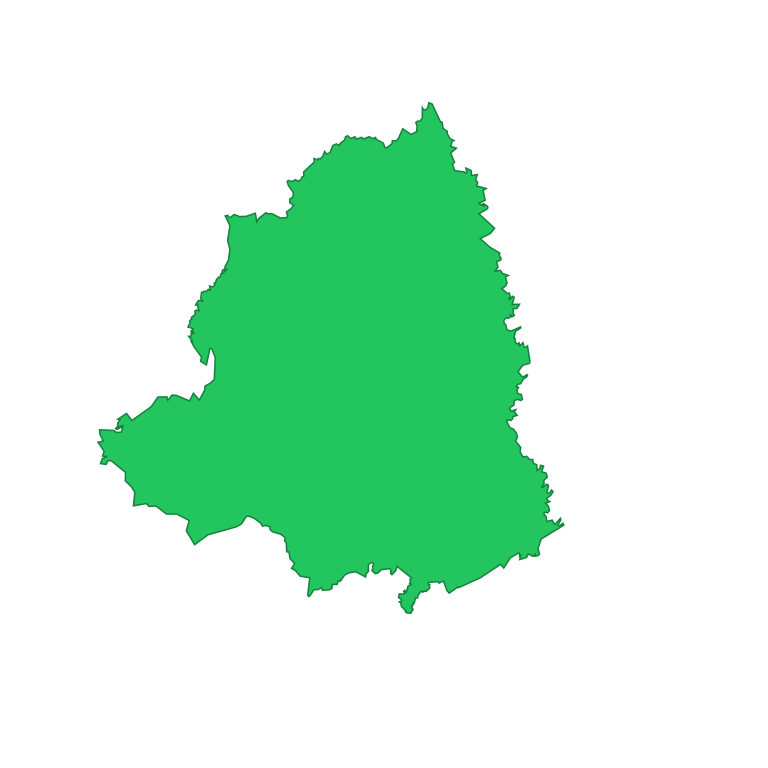 Sisonke, KwaZulu-Natal, South Africa, rotated 38°
{"feature_id": "47623444B12889843225205", "entity_name": "Sisonke", "entity_type": "district", "adm_level": 2, "iso_a3": "ZAF", "parent_name": "South Africa", "parent_adm1": "KwaZulu-Natal", "projection": "equal_earth", "projection_center": [29.721, -30.084], "detail": "fine", "context": "isolated", "style": "filled", "palette": "green", "viewbox_px": 768, "rotation_deg": 38, "n_neighbors": 0, "source": "geoboundaries", "source_scale": "gbopen_adm2", "svg_char_len": 6170}
<svg xmlns="http://www.w3.org/2000/svg" viewBox="0 0 768 768"><g transform="rotate(38 384 384)"><path d="M333.7,627.2L338.2,611.1L355.5,587.6L357.8,582.3L357.1,572.9L359.3,571.2L364.8,569.7L372.8,569.6L375.8,570.9L377.9,568.2L382.2,566.7L383.6,568.8L387.1,569.1L394.7,566.1L400.6,565.8L402.4,568.9L404.8,569.3L410.6,576.2L412.6,574.9L417.4,579.5L423.9,580.4L424.7,586.3L429.0,585.5L436.2,587.1L444.8,582.4L453.7,597.1L455.2,597.9L456.1,596.7L455.4,589.3L458.7,586.5L459.8,583.1L462.6,584.4L467.9,579.5L468.8,577.3L466.7,573.5L470.4,570.9L469.1,567.4L471.0,566.3L470.6,558.7L472.9,554.1L477.4,549.3L488.3,547.4L486.8,544.7L487.1,541.3L482.9,536.0L483.8,533.0L485.3,531.9L487.1,532.4L487.1,534.6L488.7,535.8L489.3,538.4L493.6,538.9L495.5,536.9L496.3,531.9L502.2,525.9L504.0,526.4L505.9,529.3L507.6,529.4L508.2,524.1L506.6,519.7L525.1,519.9L524.9,522.1L527.0,523.9L526.9,525.3L528.7,525.3L527.3,528.2L529.8,534.3L527.5,533.7L527.1,535.4L528.9,536.1L528.5,537.9L525.2,539.8L526.9,543.4L530.5,543.1L531.3,544.3L530.1,546.3L532.0,546.3L534.9,548.7L540.7,549.3L541.1,550.9L541.3,549.7L542.8,550.4L546.3,548.1L545.6,543.6L543.9,543.8L543.4,542.0L542.3,542.2L543.0,539.1L541.7,538.6L542.5,537.4L540.5,533.3L542.2,531.9L540.8,529.2L541.0,524.3L542.9,524.1L543.0,522.4L544.8,521.8L545.7,517.2L543.5,513.9L542.2,514.4L541.2,512.9L548.6,506.2L549.8,507.1L552.3,502.6L560.7,508.0L564.1,508.7L567.2,498.5L568.2,498.5L579.3,477.3L586.9,454.3L591.7,455.3L590.6,443.2L594.0,434.3L595.3,434.2L596.9,436.3L597.3,435.2L599.1,438.7L603.1,433.0L602.3,429.0L607.4,428.2L608.0,425.1L608.9,426.8L611.1,424.3L611.2,422.2L606.7,418.8L603.3,409.4L612.6,384.5L610.7,383.5L609.7,387.6L607.9,388.1L607.0,382.3L605.8,381.2L605.0,389.7L600.4,387.7L596.9,392.1L593.4,388.7L589.6,387.9L589.8,385.7L592.3,384.8L592.4,381.8L588.5,378.9L584.6,378.6L587.1,374.7L584.0,375.0L582.7,373.5L584.0,369.0L583.5,364.7L581.3,364.4L581.6,368.5L579.2,369.3L576.6,363.4L575.0,362.3L573.4,363.4L573.0,367.0L571.6,368.1L571.4,363.9L569.3,361.5L570.1,356.8L566.6,354.4L562.3,356.1L560.3,350.4L557.5,351.6L558.8,355.1L557.8,357.9L554.0,353.5L550.5,354.6L547.8,351.9L545.3,353.8L541.0,353.2L538.2,355.9L533.1,353.8L530.7,349.8L522.9,348.0L521.9,343.7L518.3,341.0L513.4,339.9L510.3,340.9L504.8,338.5L503.1,336.5L506.5,334.5L506.8,332.2L505.7,330.3L508.3,326.7L503.9,325.6L503.6,323.1L501.0,327.0L498.5,326.3L497.9,324.4L499.4,320.9L496.9,316.7L498.7,314.0L502.1,312.5L502.6,310.8L498.6,307.7L495.3,309.3L492.7,307.1L492.0,303.8L489.8,304.8L489.7,301.8L491.5,299.7L490.7,294.2L492.1,291.0L491.7,288.8L490.8,288.6L490.0,291.6L488.0,293.2L482.0,291.7L481.9,283.5L486.0,278.2L484.9,276.1L473.6,265.6L472.9,268.1L471.6,268.6L468.1,265.9L467.4,270.3L465.1,268.4L464.7,270.1L462.9,270.6L460.2,269.1L459.8,267.6L458.0,267.8L455.2,261.5L457.2,255.7L456.5,254.9L451.4,264.3L447.2,265.5L443.8,262.5L440.9,261.9L439.3,260.1L439.3,257.3L442.2,254.7L441.3,251.5L443.3,252.5L444.3,250.7L444.3,249.4L442.3,248.8L439.4,245.1L442.2,242.7L441.7,237.7L436.0,242.4L433.3,235.5L431.2,235.8L431.2,240.0L429.8,239.6L429.7,237.6L426.9,235.2L425.1,236.7L418.2,236.3L419.6,231.8L418.7,228.6L413.8,224.8L415.1,221.9L409.5,223.9L405.6,222.8L402.2,226.8L401.9,221.7L397.4,218.3L399.6,214.7L399.1,213.0L395.6,211.6L394.7,209.6L383.1,211.0L370.3,210.2L375.1,200.0L375.3,193.2L354.0,191.4L357.7,182.1L356.7,180.4L354.0,180.2L353.2,182.2L352.2,182.4L352.6,180.7L351.6,180.4L350.2,183.0L347.6,183.0L350.6,176.9L343.0,170.6L344.1,167.0L335.0,171.0L333.8,167.5L330.7,167.0L328.5,161.5L324.7,165.9L321.5,162.3L319.7,162.4L315.6,163.5L318.6,165.8L318.6,167.6L316.6,167.5L308.4,172.3L302.4,168.4L303.1,165.9L294.3,160.9L295.9,153.6L290.2,155.6L288.3,150.7L289.2,149.1L285.1,150.0L279.9,147.9L278.2,145.9L273.2,146.2L268.7,142.0L266.8,142.5L249.5,133.7L246.2,134.7L248.5,139.6L248.1,142.3L246.2,143.4L244.1,142.6L250.5,151.0L250.4,154.8L248.5,156.3L248.1,158.4L251.1,160.2L254.4,165.0L251.6,170.7L241.6,171.3L244.2,181.7L243.9,184.9L240.8,187.1L242.3,189.7L240.8,196.0L239.3,197.1L235.1,194.6L227.3,196.0L225.6,194.9L223.8,197.8L220.1,198.2L217.1,203.4L214.4,203.5L211.5,208.1L208.9,207.0L206.8,210.9L202.4,210.8L201.5,213.2L202.8,215.8L201.3,221.3L201.9,223.5L198.6,224.2L196.9,227.6L199.0,235.0L197.2,238.1L194.0,237.3L195.5,242.1L195.3,245.8L193.3,246.7L193.6,248.4L190.0,249.4L192.4,251.9L190.1,266.4L192.9,269.6L191.9,271.3L192.7,274.2L191.8,276.8L188.4,277.5L186.9,281.0L183.3,282.6L183.0,284.0L186.4,286.4L194.5,288.9L197.1,292.4L195.9,296.4L198.2,299.1L202.6,298.9L202.9,302.9L201.2,308.5L204.5,311.1L204.9,312.8L200.3,316.9L190.8,318.8L187.4,321.7L185.5,321.7L183.4,330.3L183.9,334.5L177.5,328.6L172.1,336.8L167.0,341.0L161.6,342.6L160.3,347.4L158.5,348.2L157.2,347.2L155.4,349.3L165.1,354.1L172.5,367.3L179.6,372.7L185.1,382.0L186.6,390.0L188.3,391.2L189.5,390.6L189.1,393.5L187.4,392.2L186.7,393.5L187.5,395.7L189.2,395.7L187.7,397.3L189.0,400.6L187.9,401.7L187.7,405.1L188.8,407.6L188.0,409.1L189.7,409.7L189.4,413.0L186.2,414.1L189.3,416.9L187.3,417.6L187.0,420.2L185.0,421.9L185.0,423.6L183.7,424.0L187.1,429.6L189.9,430.3L186.3,432.4L186.8,437.8L189.2,436.3L189.7,437.9L193.2,440.1L190.6,441.3L190.1,443.1L192.5,445.1L191.2,450.2L192.2,450.6L192.1,454.1L193.4,454.9L194.4,459.8L199.4,457.9L199.5,461.3L200.9,461.3L200.7,460.1L202.9,460.8L200.8,462.9L202.4,463.8L201.9,465.3L203.1,465.2L200.8,466.7L206.6,468.1L207.1,469.0L206.1,469.2L211.1,471.5L223.7,475.2L225.5,479.0L232.3,478.3L224.9,463.1L226.6,462.2L234.7,467.1L247.4,484.8L246.4,490.9L244.2,495.7L246.4,498.9L248.4,510.3L239.5,508.7L241.2,517.0L227.1,520.9L223.8,523.2L223.7,530.0L220.9,527.8L213.9,533.4L214.5,545.3L207.8,568.0L199.2,565.7L196.0,575.7L198.0,574.8L198.3,578.8L200.1,581.3L200.0,584.5L201.6,584.2L202.8,581.3L201.6,581.6L201.6,580.5L202.7,579.1L204.0,579.8L203.3,578.2L203.9,577.5L206.7,583.5L203.0,586.9L199.6,587.0L188.1,595.2L190.8,598.3L197.9,601.8L194.5,606.0L205.0,609.4L206.5,614.1L210.5,611.7L208.0,616.0L209.6,621.3L214.5,618.4L213.6,614.2L216.6,612.4L234.7,612.8L239.8,619.6L248.1,620.5L254.2,622.7L261.6,634.3L270.2,624.6L274.3,625.1L279.3,620.6L292.6,620.4L300.7,614.1L314.6,611.5L318.5,621.3L333.7,627.2Z" fill="#22c55e" stroke="#15803d" stroke-width="1.5"/></g></svg>